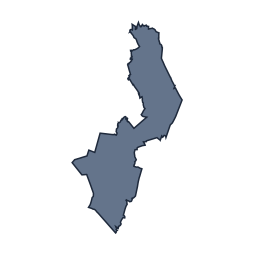 Mazatepec, Morelos, Mexico (Equal Earth projection), rotated 15°
{"feature_id": "50627088B77500385000794", "entity_name": "Mazatepec", "entity_type": "district", "adm_level": 2, "iso_a3": "MEX", "parent_name": "Mexico", "parent_adm1": "Morelos", "projection": "equal_earth", "projection_center": [-99.367, 18.688], "detail": "fine", "context": "isolated", "style": "filled", "palette": "slate", "viewbox_px": 256, "rotation_deg": 15, "n_neighbors": 0, "source": "geoboundaries", "source_scale": "gbopen_adm2", "svg_char_len": 5669}
<svg xmlns="http://www.w3.org/2000/svg" viewBox="0 0 256 256"><g transform="rotate(15 128 128)"><path d="M150.2,194.8L151.7,193.7L152.8,191.8L152.3,182.1L152.0,179.4L151.8,177.0L151.7,173.1L151.8,171.4L151.9,166.1L152.0,163.8L150.9,163.7L150.3,163.8L149.2,163.5L147.7,163.1L146.4,163.6L143.6,163.5L143.4,162.6L143.5,162.6L143.6,162.4L143.8,159.8L143.2,158.9L143.8,158.0L144.2,156.5L141.9,153.9L141.7,153.1L140.9,151.3L140.4,150.0L140.4,147.1L142.4,146.5L142.3,146.2L142.1,145.5L142.0,144.9L142.2,144.5L142.4,144.2L144.0,143.0L145.0,142.4L146.0,141.6L147.6,140.8L149.0,140.2L148.5,139.4L148.0,138.9L146.4,137.4L146.7,137.2L147.4,137.2L147.8,137.1L148.2,136.7L148.7,136.5L149.1,136.5L149.2,136.2L149.2,135.6L158.5,129.8L159.5,130.3L161.5,131.1L161.9,131.1L162.3,131.5L162.5,129.3L162.6,128.3L162.6,126.9L163.3,127.3L163.9,127.9L164.2,127.4L164.8,125.8L165.6,125.8L166.5,125.8L166.7,126.5L167.1,127.3L168.0,114.2L168.9,112.6L169.3,112.0L169.5,111.7L170.2,108.8L170.8,106.0L171.1,104.4L173.0,86.9L170.6,84.7L168.2,82.3L164.7,78.5L163.5,77.1L162.2,77.9L162.4,75.1L162.1,75.3L160.1,73.1L158.6,71.5L158.1,71.0L156.1,68.2L155.9,68.2L153.4,65.4L147.2,58.3L144.7,55.1L143.9,54.2L143.2,53.3L142.4,52.3L142.2,51.9L140.7,42.8L140.3,41.3L140.0,41.4L139.8,40.9L139.3,40.1L139.3,39.8L139.1,39.5L138.8,39.2L138.2,38.8L136.8,38.4L136.8,38.2L136.7,37.7L136.2,36.9L135.6,36.1L135.4,35.5L134.4,34.1L134.2,33.2L134.5,33.1L133.8,30.8L133.5,29.3L133.4,29.2L133.3,28.3L133.3,28.1L130.2,27.7L128.8,26.2L128.6,26.1L128.3,26.0L127.8,25.7L126.7,25.5L126.3,25.5L125.8,25.2L125.3,25.5L123.9,26.2L122.2,27.1L121.6,24.7L120.9,25.1L121.0,25.1L120.6,24.6L120.4,24.8L120.0,24.8L119.8,24.9L119.2,24.4L119.0,24.0L118.6,24.3L118.2,24.4L117.8,24.7L117.3,25.3L117.0,25.2L116.7,25.3L115.1,24.3L114.6,27.1L114.5,26.8L114.2,26.2L113.7,26.9L112.9,26.1L112.6,25.8L112.3,25.7L112.0,25.2L111.8,25.0L111.5,24.5L110.8,23.4L110.6,25.3L110.5,26.3L110.4,27.6L110.5,28.0L110.7,29.8L109.6,30.8L109.5,30.7L109.3,28.6L108.9,27.9L108.0,27.7L105.2,26.8L105.9,28.7L106.1,29.7L106.6,30.9L106.8,31.6L106.8,32.2L105.7,31.9L105.3,32.1L104.8,32.5L104.5,33.1L105.0,33.6L104.8,34.8L104.9,34.7L106.1,34.9L106.1,35.2L109.1,37.4L110.4,39.1L111.5,39.5L112.2,39.6L113.1,40.4L114.5,42.5L116.0,44.4L116.4,44.8L117.9,46.1L118.1,46.3L116.8,48.4L115.8,49.4L114.5,50.5L113.8,50.9L113.0,51.1L112.3,52.1L111.8,52.0L111.4,52.0L110.6,52.4L110.4,52.4L110.6,53.0L111.1,53.3L111.6,53.3L111.6,53.7L111.7,54.7L111.9,55.1L112.2,56.0L112.5,56.6L112.5,57.1L112.6,57.4L113.3,57.7L113.5,58.1L113.5,58.5L112.8,58.7L112.8,59.5L112.3,59.9L112.4,60.9L113.2,60.8L113.3,60.8L113.5,60.4L114.0,60.2L114.4,60.3L114.4,60.5L114.0,61.1L114.0,61.4L113.9,61.8L114.0,62.2L113.9,62.3L113.8,62.5L113.6,62.5L113.4,63.2L113.4,63.6L112.3,64.8L112.4,65.0L112.3,65.8L111.4,65.9L111.4,66.7L111.3,67.1L111.6,67.4L113.5,70.6L113.7,71.0L114.0,71.5L115.5,73.9L116.2,75.1L116.4,75.4L116.6,75.6L116.0,76.6L115.8,76.4L115.3,77.3L115.7,77.6L116.2,78.1L115.0,80.1L115.1,80.3L115.8,79.3L116.0,79.5L115.4,80.5L115.9,81.1L115.5,81.7L117.2,80.7L121.7,85.1L122.0,84.6L123.5,86.2L125.5,87.8L127.4,89.4L129.3,91.1L129.0,91.5L129.7,92.7L130.0,92.2L131.1,94.6L131.4,95.1L131.8,96.0L133.0,94.5L133.4,94.2L133.8,95.1L134.1,95.6L134.3,95.9L134.5,96.5L134.4,97.0L135.4,99.1L135.5,99.4L136.1,99.7L136.3,99.9L136.6,101.2L136.8,101.8L138.2,104.2L139.0,104.5L139.4,104.8L138.4,107.6L138.2,108.7L137.8,110.5L137.3,111.6L138.1,112.4L139.6,113.0L143.3,112.7L133.8,126.8L126.9,121.7L126.5,122.1L126.2,122.0L125.8,121.7L125.4,121.5L125.3,121.4L125.1,121.0L125.3,120.4L125.0,120.0L124.8,119.8L124.8,119.7L124.8,119.4L125.1,119.1L125.1,118.9L124.9,118.7L124.3,119.1L123.8,119.9L123.7,120.0L123.6,119.9L123.5,119.7L123.5,118.6L123.4,118.5L123.4,118.3L123.2,118.0L122.9,117.8L122.7,117.7L122.3,117.7L121.4,118.6L121.2,119.0L120.6,120.6L120.1,120.4L120.0,120.6L119.9,120.6L119.9,121.3L119.9,122.0L119.5,122.0L119.3,122.2L119.0,123.7L118.8,124.4L118.5,124.8L118.2,125.1L117.9,125.3L117.5,125.2L117.6,125.4L117.1,126.1L117.2,126.4L117.1,127.0L117.4,127.5L117.2,127.5L117.3,127.9L117.4,128.7L117.5,128.9L117.6,129.0L118.0,129.1L118.0,129.9L117.9,130.6L117.1,132.1L117.3,132.7L117.4,133.3L117.4,134.0L117.5,134.5L118.2,135.3L118.7,135.7L118.8,136.6L118.7,137.1L118.6,137.8L118.4,138.0L116.8,137.4L116.6,137.5L116.3,137.8L116.2,138.1L115.6,138.1L114.6,138.4L102.4,140.2L102.2,160.2L95.9,159.5L95.6,165.6L84.7,172.4L83.0,175.9L95.6,185.2L100.1,183.6L100.4,183.8L100.6,184.3L106.4,192.5L111.4,199.8L111.6,200.2L112.2,203.1L111.4,204.4L111.5,208.1L111.4,210.7L111.3,211.9L110.4,214.9L112.8,215.0L113.7,215.1L114.5,215.2L115.0,215.4L116.5,215.3L117.7,215.7L118.7,216.4L119.9,217.3L120.9,217.8L123.7,219.6L123.8,219.7L143.2,232.6L143.5,232.1L143.1,231.8L143.3,231.4L143.6,230.2L144.1,229.7L142.7,228.9L143.1,228.2L143.3,227.8L143.3,227.7L143.1,227.6L143.3,227.6L143.0,227.4L142.6,227.2L142.2,227.1L141.7,226.4L142.0,226.5L142.7,226.9L144.5,227.3L144.5,226.1L144.3,225.9L144.3,225.7L144.5,225.4L144.7,225.1L144.9,224.8L145.2,224.7L145.3,224.7L145.5,224.3L145.6,224.0L145.8,223.9L146.1,223.0L146.3,222.8L146.5,222.9L145.4,221.5L145.1,220.9L145.1,220.7L145.5,218.5L145.8,217.6L146.4,215.8L148.1,215.7L148.1,215.4L147.9,214.6L147.5,214.1L147.1,213.8L146.6,213.5L146.1,213.4L146.1,212.8L146.1,210.5L146.1,207.6L146.3,204.2L146.9,201.8L146.5,201.3L146.6,201.2L146.1,200.0L145.9,199.4L145.5,198.8L145.3,198.6L145.2,198.6L144.9,198.5L144.8,198.2L145.2,197.8L145.5,198.1L145.8,198.2L146.0,198.3L146.7,198.2L147.0,198.2L147.3,198.3L147.9,198.4L148.5,198.7L148.7,198.8L148.8,198.8L149.3,198.4L149.9,198.2L150.2,197.9L150.3,197.6L150.4,197.2L150.5,195.3L150.7,195.0L150.2,194.8Z" fill="#64748b" stroke="#1e293b" stroke-width="1.5"/></g></svg>